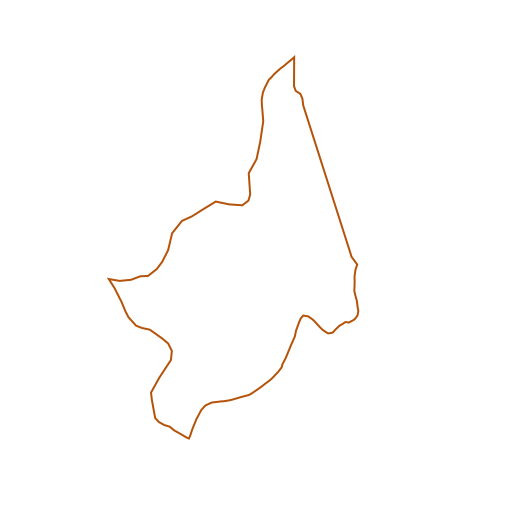 the district of Millet, Anse-la-Raye, Saint Lucia, rotated 29°
{"feature_id": "8701671B66361265375763", "entity_name": "Millet", "entity_type": "district", "adm_level": 2, "iso_a3": "LCA", "parent_name": "Saint Lucia", "parent_adm1": "Anse-la-Raye", "projection": "natural_earth1", "projection_center": [-60.988, 13.911], "detail": "fine", "context": "isolated", "style": "outline", "palette": "amber", "viewbox_px": 512, "rotation_deg": 29, "n_neighbors": 0, "source": "geoboundaries", "source_scale": "gbopen_adm2", "svg_char_len": 2071}
<svg xmlns="http://www.w3.org/2000/svg" viewBox="0 0 512 512"><g transform="rotate(29 256 256)"><path d="M138.4,347.5L147.9,352.7L161.0,361.6L168.6,367.7L174.2,371.4L185.0,375.1L191.3,374.2L198.9,371.9L214.4,373.7L221.6,375.1L228.4,379.8L232.0,388.2L230.4,409.6L230.4,426.4L234.8,432.5L246.3,446.5L251.5,448.3L257.9,448.3L263.2,447.1L269.1,448.2L272.5,448.2L274.0,448.2L282.5,448.4L283.0,448.4L285.8,448.2L285.6,445.8L285.6,445.4L284.2,437.9L283.6,432.9L283.4,430.9L283.0,427.9L282.8,417.3L284.2,411.3L286.1,408.6L288.6,405.4L292.4,402.7L292.8,402.4L293.4,402.0L296.0,400.0L297.6,399.1L302.4,395.4L304.9,393.1L309.6,388.4L311.0,386.9L317.1,381.1L318.7,378.6L323.6,368.8L326.3,362.5L327.7,359.5L329.0,356.3L330.1,352.4L331.6,346.4L332.4,341.0L331.6,337.9L331.6,337.1L331.5,332.0L331.4,330.2L329.8,316.5L329.7,315.4L329.7,315.0L329.6,314.1L329.0,307.6L327.2,301.9L325.8,293.0L325.4,288.8L325.8,286.7L326.2,285.2L330.9,283.5L335.9,284.0L337.7,284.4L345.9,287.1L346.7,287.4L350.6,288.4L355.0,288.7L356.6,288.7L357.2,288.3L360.1,286.0L360.4,285.2L361.2,281.6L362.5,277.5L362.8,276.5L363.0,276.1L364.5,273.8L365.0,272.7L366.2,270.5L366.9,270.1L369.5,269.2L370.7,267.2L371.6,265.9L372.4,264.6L373.1,262.7L373.6,259.2L373.4,258.2L373.3,257.8L372.6,255.8L372.3,254.8L371.9,254.3L371.8,254.0L370.7,252.8L366.4,247.0L365.9,246.2L365.3,245.7L362.2,242.5L359.0,239.0L355.4,231.9L353.8,229.0L352.2,226.4L351.7,225.1L349.6,219.6L348.8,215.1L348.7,214.4L339.8,210.3L338.8,209.3L337.6,208.1L336.3,206.9L331.0,201.9L224.1,101.2L220.4,96.0L216.2,92.7L210.6,92.3L206.9,89.0L193.0,63.6L191.7,67.5L191.2,68.5L189.5,72.9L188.3,76.2L186.5,80.1L184.8,84.9L183.6,88.6L182.8,92.3L181.8,95.9L182.0,100.8L182.1,104.3L182.8,109.7L184.0,113.2L185.3,116.8L186.3,118.3L188.5,122.0L190.3,124.5L197.0,134.6L204.4,154.3L209.5,170.9L209.5,187.1L221.2,205.2L222.5,211.3L219.4,218.3L207.4,223.9L194.4,227.9L186.7,241.5L180.6,252.6L174.2,261.2L171.6,276.8L176.3,293.5L176.8,306.6L175.5,315.7L171.2,325.8L164.7,329.8L158.2,337.4L148.8,343.9L138.4,347.5Z" fill="none" stroke="#b45309" stroke-width="2"/></g></svg>